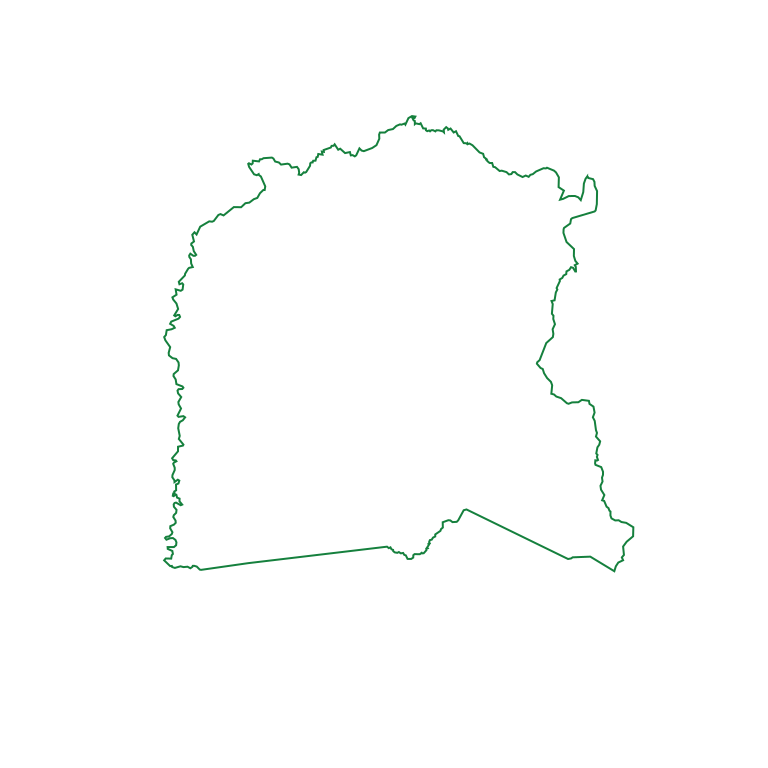 the district of Lumezi, Eastern, Zambia, rotated 340°
{"feature_id": "96606910B53587891275683", "entity_name": "Lumezi", "entity_type": "district", "adm_level": 2, "iso_a3": "ZMB", "parent_name": "Zambia", "parent_adm1": "Eastern", "projection": "orthographic", "projection_center": [32.613, -12.696], "detail": "fine", "context": "isolated", "style": "outline", "palette": "green", "viewbox_px": 768, "rotation_deg": 340, "n_neighbors": 0, "source": "geoboundaries", "source_scale": "gbopen_adm2", "svg_char_len": 6166}
<svg xmlns="http://www.w3.org/2000/svg" viewBox="0 0 768 768"><g transform="rotate(340 384 384)"><path d="M254.9,178.2L254.2,185.1L251.0,186.1L250.4,187.4L251.3,189.7L250.7,194.1L251.7,198.4L250.2,198.9L248.7,198.3L246.6,195.3L244.9,196.6L244.5,198.1L245.2,200.8L244.0,204.8L244.3,208.7L240.6,208.2L239.4,208.7L234.8,212.4L234.0,213.9L226.1,217.8L225.9,220.3L228.8,220.3L229.4,221.8L227.0,226.4L224.9,226.9L220.6,223.8L219.6,229.1L214.8,230.2L214.8,232.5L216.5,237.4L216.2,243.1L210.3,247.8L211.1,249.0L213.6,248.5L215.2,249.1L215.3,251.2L213.3,252.3L205.4,252.6L203.6,254.3L206.2,257.4L206.6,259.6L203.1,259.9L198.2,259.1L195.8,263.4L193.5,264.7L193.5,268.2L195.7,276.2L192.3,281.1L191.7,283.6L194.1,287.4L197.2,289.3L198.3,293.5L197.6,296.3L195.1,300.7L189.8,302.7L188.9,304.5L189.8,308.5L188.9,313.1L193.8,317.4L194.2,318.9L192.7,319.7L189.2,318.6L187.7,319.6L187.3,322.4L189.0,326.9L184.6,330.6L184.1,332.9L184.9,337.6L179.1,343.1L179.7,344.6L184.5,345.6L185.7,347.3L182.5,349.3L179.4,349.8L177.5,351.4L175.5,355.2L174.3,362.9L172.4,365.5L174.8,372.4L174.0,373.1L169.0,372.5L167.4,376.8L159.5,381.3L159.9,383.4L162.2,384.6L162.5,385.6L159.7,386.0L158.6,386.9L158.7,391.1L157.9,393.3L154.1,397.2L153.2,399.2L154.1,402.9L153.6,404.5L157.5,403.4L158.6,404.8L156.8,407.2L154.2,407.3L152.3,412.8L150.1,413.3L149.9,414.7L148.6,414.7L147.3,416.8L148.0,417.5L150.3,416.5L151.0,417.0L150.7,420.0L152.7,421.8L151.7,424.3L153.1,428.3L151.5,428.4L148.0,424.3L146.5,424.2L145.2,425.2L144.6,427.5L146.0,431.3L144.6,434.0L141.6,435.4L140.5,436.9L141.4,441.1L140.8,443.2L138.5,444.3L134.6,444.5L133.7,446.5L134.5,450.9L133.3,452.4L129.9,453.7L126.9,453.1L125.6,453.8L126.3,455.9L130.4,455.8L133.0,456.6L134.7,459.2L134.8,461.8L133.5,464.4L130.8,465.4L124.9,463.2L124.4,465.0L128.0,468.5L127.5,471.5L126.0,472.3L124.3,475.3L119.2,473.3L117.1,474.5L120.8,482.0L122.4,482.4L122.3,483.5L124.6,485.3L130.4,485.7L133.0,487.5L136.9,488.5L139.0,490.9L141.4,490.3L142.1,489.5L143.4,489.9L145.6,491.5L147.4,495.4L148.6,496.1L195.1,505.9L331.2,537.9L332.4,539.9L334.2,539.7L334.5,541.9L335.8,543.0L335.5,544.2L336.5,545.9L338.8,547.2L340.5,547.0L341.9,548.9L344.2,549.3L344.6,551.5L345.9,552.5L346.3,556.4L349.7,557.7L352.1,557.1L353.0,554.9L354.5,554.3L359.4,556.2L361.7,555.5L361.9,556.2L363.4,556.6L367.0,554.7L367.4,553.2L368.9,553.3L368.6,552.4L371.4,550.3L371.1,549.6L372.5,549.4L372.3,548.0L373.7,546.4L375.6,546.6L377.5,545.1L380.0,544.8L380.7,542.9L386.8,541.3L387.9,539.9L390.2,539.0L391.9,534.0L397.9,534.0L399.7,534.9L401.1,537.2L405.2,538.4L407.1,537.5L415.7,529.9L418.6,530.1L497.1,611.4L500.2,611.9L502.0,611.4L518.8,616.8L536.4,638.7L539.5,634.6L543.1,631.9L548.4,631.4L548.2,628.3L551.0,626.7L553.1,618.5L558.1,615.2L566.0,612.3L569.3,603.9L564.1,597.3L559.9,594.9L557.9,592.3L554.6,591.3L551.8,588.1L551.8,585.0L553.2,581.3L552.5,580.1L552.5,577.4L551.2,575.4L550.9,569.2L549.2,567.9L553.1,563.7L551.8,557.5L552.6,553.7L556.0,550.4L556.8,546.6L558.7,544.3L559.8,541.4L559.7,536.4L555.1,532.3L555.2,530.8L556.5,528.0L557.9,528.8L559.1,528.6L559.1,525.3L560.4,523.7L559.7,521.9L562.9,516.5L565.5,514.7L567.5,511.8L565.2,505.9L567.4,502.8L567.4,499.9L569.4,490.7L568.9,486.7L572.1,482.9L573.1,476.9L570.3,473.0L570.8,469.9L564.5,466.6L560.4,467.6L554.4,465.6L550.7,465.7L549.3,464.6L545.6,457.9L541.6,454.7L540.2,452.0L537.9,450.4L541.6,442.7L541.6,439.1L539.3,434.2L538.1,428.6L538.3,424.2L536.6,422.5L534.6,417.2L535.4,416.0L538.4,414.8L550.5,401.0L558.7,397.7L560.3,394.8L561.2,390.2L565.1,386.3L565.3,380.8L566.6,377.8L565.8,375.4L569.9,366.6L569.8,363.3L572.9,363.7L576.8,356.7L579.2,354.5L579.0,352.9L584.5,347.4L584.8,345.9L587.8,345.3L589.8,343.5L592.8,343.1L594.0,340.6L597.2,340.1L599.7,338.2L601.4,339.5L602.2,343.7L602.9,343.9L604.3,339.5L603.9,337.6L607.1,337.1L605.9,333.7L606.2,328.6L608.7,322.2L604.1,313.0L604.3,303.4L605.7,300.0L606.6,298.9L613.9,296.9L616.1,293.1L617.7,292.5L640.9,293.9L642.2,293.3L645.5,287.8L650.2,275.6L649.7,269.9L650.9,266.0L650.5,263.0L646.6,260.4L646.4,259.4L645.5,259.4L645.8,258.6L643.6,260.1L640.4,264.0L636.9,271.8L631.8,278.5L630.4,275.0L627.7,272.6L621.9,270.6L615.7,271.3L612.5,271.0L619.2,263.8L615.4,258.7L619.0,249.6L618.0,244.0L616.7,241.6L611.1,236.5L609.9,236.8L607.7,235.8L599.6,236.3L595.6,237.7L593.1,237.5L590.8,238.8L588.5,236.6L585.0,236.9L581.0,232.7L579.6,229.7L577.4,228.9L575.5,230.3L573.1,229.8L571.6,226.8L567.6,223.8L565.5,223.4L562.6,218.3L561.0,217.3L561.2,213.3L558.8,212.4L557.3,209.8L557.5,208.9L556.7,208.1L557.2,207.6L555.6,205.1L555.9,201.6L553.0,199.1L548.8,189.9L546.6,187.3L544.7,187.2L544.7,186.5L544.2,186.9L543.8,186.0L541.3,184.9L539.7,177.0L538.6,176.4L538.1,171.1L535.5,171.5L533.9,166.7L531.3,167.1L531.4,165.7L530.3,163.9L527.1,165.4L526.4,168.0L525.8,166.8L522.3,164.4L520.0,163.5L518.7,164.2L516.8,162.2L515.2,161.7L513.7,162.3L513.1,161.2L511.1,161.2L510.2,159.9L510.7,158.3L508.2,157.2L507.6,151.5L506.1,151.9L502.9,149.9L501.9,150.3L502.9,147.4L502.0,146.4L501.6,143.3L503.7,144.5L504.9,143.4L501.9,141.8L497.9,142.5L492.8,147.6L492.5,146.3L489.1,146.3L487.8,145.5L483.9,145.7L479.6,147.5L474.8,146.8L470.9,148.0L466.1,146.3L464.7,148.0L463.5,151.9L458.6,157.0L453.6,158.2L444.7,158.3L442.8,157.0L441.5,154.2L436.1,159.6L434.4,160.1L432.8,158.2L431.0,157.8L431.3,154.4L426.4,153.7L423.3,147.9L421.1,148.2L419.6,141.9L418.1,142.9L416.2,142.3L414.9,143.6L407.3,143.5L406.9,145.3L405.1,144.3L404.7,147.5L400.9,145.4L399.4,147.9L398.1,147.8L396.0,150.7L393.8,150.0L392.7,151.4L391.6,150.9L390.2,151.4L389.1,153.7L383.4,158.2L382.0,158.4L381.1,157.6L377.6,159.3L375.4,158.0L376.5,156.6L377.3,153.0L376.5,150.2L371.2,149.1L370.3,145.3L368.8,144.0L362.3,142.6L361.0,139.9L357.8,137.7L357.2,134.3L356.1,132.9L348.0,130.6L346.0,131.0L344.4,130.4L342.7,132.1L337.1,129.3L336.0,131.8L334.5,132.4L332.6,130.4L331.7,130.7L331.5,133.9L333.6,142.5L335.9,144.3L338.0,143.9L337.9,144.8L339.3,146.9L340.0,157.7L338.2,160.9L337.0,160.4L332.7,162.3L328.6,165.8L324.9,165.8L319.5,167.5L315.6,166.7L310.2,169.0L303.4,166.4L290.9,170.7L288.4,168.4L286.2,168.5L279.8,172.6L278.0,172.7L275.4,171.4L265.1,173.3L259.0,179.4L257.8,176.6L254.9,178.2Z" fill="none" stroke="#15803d" stroke-width="2"/></g></svg>